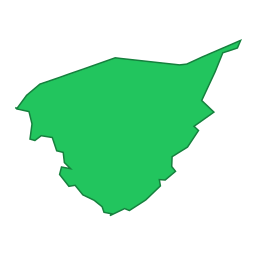 Bullitt, Kentucky, United States of America
{"feature_id": "52423323B29669005375305", "entity_name": "Bullitt", "entity_type": "district", "adm_level": 2, "iso_a3": "USA", "parent_name": "United States of America", "parent_adm1": "Kentucky", "projection": "mercator", "projection_center": [-85.706, 37.962], "detail": "fine", "context": "isolated", "style": "filled", "palette": "green", "viewbox_px": 256, "rotation_deg": 0, "n_neighbors": 0, "source": "geoboundaries", "source_scale": "gbopen_adm2", "svg_char_len": 739}
<svg xmlns="http://www.w3.org/2000/svg" viewBox="0 0 256 256"><path d="M240.6,40.4L202.1,57.0L196.1,59.8L186.7,64.1L179.5,64.9L157.5,62.5L121.0,58.5L115.2,57.8L80.9,69.9L69.0,74.0L57.8,78.0L39.9,84.1L26.6,95.3L17.0,108.4L15.4,107.5L16.7,108.9L29.0,111.6L32.0,123.9L30.0,139.1L34.9,140.5L41.2,135.7L52.3,137.5L56.7,150.8L63.2,152.4L64.4,162.6L70.6,168.7L61.5,167.0L59.6,174.5L68.9,186.3L75.1,185.3L82.9,194.9L94.0,200.2L102.1,206.7L104.0,212.3L111.7,213.8L110.0,215.6L124.6,208.6L129.4,210.5L145.8,199.9L160.4,185.9L159.3,179.6L165.2,180.0L175.5,171.3L171.7,166.5L172.1,156.7L187.5,147.1L198.5,130.5L194.0,126.3L213.9,112.1L201.7,100.5L215.1,71.8L222.8,52.8L237.4,48.0L240.6,40.4Z" fill="#22c55e" stroke="#15803d" stroke-width="1.5"/></svg>